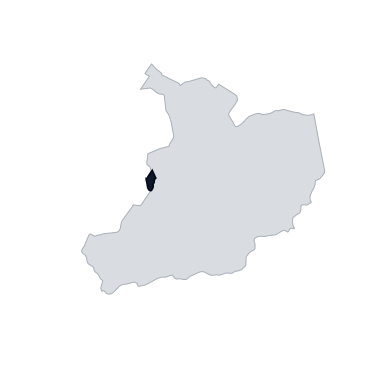 Abiemnhom, Unity, South Sudan (highlighted), rotated 304°
{"feature_id": "79223893B7237342620432", "entity_name": "Abiemnhom", "entity_type": "district", "adm_level": 2, "iso_a3": "SSD", "parent_name": "South Sudan", "parent_adm1": "Unity", "projection": "mercator", "projection_center": [29.064, 9.531], "detail": "fine", "context": "in_parent", "style": "filled", "palette": "ink", "viewbox_px": 384, "rotation_deg": 304, "n_neighbors": 0, "source": "geoboundaries", "source_scale": "gbopen_adm2", "svg_char_len": 4200}
<svg xmlns="http://www.w3.org/2000/svg" viewBox="0 0 384 384"><g transform="rotate(304 192 192)"><path d="M293.9,279.9L284.2,289.7L283.5,290.2L282.3,291.0L278.3,291.0L274.3,290.5L270.5,288.0L266.7,290.0L264.3,290.6L262.9,290.8L259.5,291.1L254.7,292.2L252.6,293.5L251.4,294.5L250.5,296.4L250.0,296.6L249.1,296.4L247.9,295.6L245.3,294.5L244.1,292.1L242.9,290.6L241.9,289.9L237.9,292.3L235.9,292.9L234.3,292.8L231.4,291.4L228.1,290.3L226.5,290.3L224.0,291.7L221.2,293.9L219.7,296.1L219.0,297.3L218.0,295.4L217.1,294.1L215.7,293.7L213.0,294.1L212.3,293.5L212.2,291.8L211.8,290.2L211.1,289.1L209.0,287.9L203.6,285.6L199.5,280.9L197.4,278.7L195.9,277.3L193.7,273.6L191.3,271.1L188.3,269.9L186.3,270.5L184.3,273.2L180.5,275.8L178.7,275.9L176.5,274.5L173.7,273.5L168.6,273.1L166.5,274.3L163.8,276.2L161.4,277.4L160.0,277.5L158.7,277.1L157.1,276.8L155.8,276.8L153.1,275.0L151.7,273.7L150.8,272.4L149.2,271.6L147.4,270.8L146.2,269.7L145.5,268.3L144.5,266.5L143.2,264.9L139.1,262.0L137.8,260.3L137.0,258.6L135.3,256.7L133.5,254.3L132.9,250.6L132.8,247.7L132.4,246.4L131.7,245.0L130.8,243.9L129.3,242.6L126.0,240.7L122.5,238.5L120.8,237.3L117.6,236.8L115.8,235.6L114.2,232.8L113.5,230.6L111.9,228.9L111.2,227.7L110.8,226.3L112.1,222.0L110.3,220.4L107.5,218.4L105.6,216.3L104.3,214.3L100.8,211.6L93.1,207.7L88.7,205.2L86.3,202.9L84.1,200.7L83.9,199.8L85.3,197.6L85.5,195.7L84.4,193.7L79.8,190.0L76.1,185.8L73.3,184.5L66.6,183.3L64.7,182.9L62.7,182.1L60.7,180.2L60.0,178.0L61.0,174.4L60.4,173.3L59.2,173.0L59.6,172.3L60.8,170.6L62.9,169.5L68.4,167.7L68.7,167.0L68.8,164.8L69.3,163.7L71.2,160.6L71.5,159.4L71.6,156.8L71.8,155.6L72.4,154.7L73.9,153.1L74.4,152.2L74.6,150.2L74.5,146.2L75.2,144.6L78.7,141.0L79.7,139.4L80.0,138.0L80.0,136.5L80.2,135.0L81.2,133.6L82.1,133.2L84.7,132.8L86.4,133.0L98.7,130.6L100.1,130.9L100.7,132.4L100.7,134.7L100.9,135.8L101.5,136.7L103.5,137.8L104.8,139.6L105.6,140.3L107.5,141.6L116.6,152.2L119.2,153.3L121.7,152.9L126.6,150.7L129.1,150.1L146.4,150.7L148.4,150.4L148.5,150.5L151.1,155.8L152.4,157.0L171.4,157.1L171.0,155.6L171.3,153.9L174.6,150.6L175.1,150.2L178.0,148.6L180.9,147.6L186.4,146.4L188.4,144.4L189.5,142.7L189.6,139.2L190.3,138.6L191.6,137.8L198.0,134.7L199.0,134.0L210.3,141.3L216.6,147.0L217.0,147.3L217.3,147.4L217.7,147.2L218.0,146.9L218.7,146.7L221.4,146.6L226.5,146.3L228.2,145.6L238.5,135.4L241.1,132.1L241.8,131.5L243.2,129.1L244.8,125.1L245.1,124.7L256.4,115.1L256.8,114.3L256.9,113.7L255.2,110.5L254.8,108.8L254.7,106.3L255.1,102.3L255.0,99.9L254.8,99.2L254.7,99.0L248.4,91.9L264.3,91.9L264.3,91.0L264.3,90.7L264.0,89.8L263.8,88.7L263.8,88.1L263.9,87.5L263.9,87.2L263.9,86.9L264.0,86.7L275.4,86.8L275.2,88.8L273.8,93.5L273.8,96.4L273.5,99.6L273.1,100.6L272.5,101.3L272.3,101.7L272.3,102.1L274.7,120.1L274.5,120.9L273.9,122.0L273.7,122.4L273.7,122.7L274.0,122.8L279.2,124.8L279.5,124.9L279.7,125.1L281.6,127.4L291.9,135.9L292.3,136.4L293.3,139.0L293.4,139.4L293.5,140.1L293.5,140.6L293.2,142.2L293.3,142.9L293.5,143.4L293.6,143.9L293.6,144.1L293.5,144.5L292.0,147.6L291.5,149.8L291.3,151.7L291.4,152.7L291.6,153.4L291.7,153.7L291.9,153.8L296.3,153.8L296.3,154.8L296.9,171.0L296.9,172.8L296.7,175.1L296.2,176.0L294.9,177.2L293.4,178.4L289.3,178.7L286.0,178.7L283.6,178.4L280.4,178.3L277.3,178.6L276.2,179.5L272.2,188.1L270.9,190.3L270.6,191.5L270.9,192.3L272.5,193.4L276.0,194.9L280.0,195.8L282.9,196.1L284.9,196.6L286.5,197.0L292.1,200.9L293.9,202.7L295.0,204.3L295.2,206.0L296.0,207.8L301.1,213.1L306.0,215.6L307.9,218.5L309.7,219.9L311.4,221.4L312.4,223.6L314.5,230.0L315.9,233.4L317.4,236.1L318.0,240.6L319.1,242.6L320.3,245.1L322.3,247.3L324.4,248.9L324.8,249.4L303.5,270.3L293.9,279.9Z" fill="#d9dde1" stroke="#a8b0b8" stroke-width="1"/><path d="M183.3,154.3L187.9,146.8L180.6,146.8L179.2,146.9L178.0,146.8L177.8,146.8L177.7,146.8L177.6,146.7L177.4,146.7L177.2,146.8L177.2,146.7L177.1,146.8L176.9,146.9L176.8,147.1L176.6,147.3L176.3,147.3L176.2,147.5L176.0,147.8L175.9,147.8L175.7,147.8L175.6,148.0L175.4,148.3L175.3,148.5L175.1,148.7L170.7,152.9L169.6,154.8L169.6,156.4L169.6,156.5L170.5,157.6L173.8,157.3L175.9,156.2L176.6,155.4L178.7,155.4L179.3,155.0L179.2,154.6L182.6,154.0L183.3,154.3Z" fill="#0f172a" stroke="#020617" stroke-width="1.5"/></g></svg>